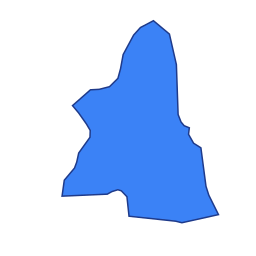 the Statistical Region of Radovljica, rotated 351°
{"feature_id": "SVN-1016", "entity_name": "Radovljica", "entity_type": "Statistical Region", "adm_level": 1, "iso_a3": "SVN", "parent_name": "Slovenia", "parent_adm1": "", "projection": "orthographic", "projection_center": [14.199, 46.349], "detail": "fine", "context": "isolated", "style": "filled", "palette": "blue", "viewbox_px": 256, "rotation_deg": 351, "n_neighbors": 0, "source": "natural_earth", "source_scale": "10m", "svg_char_len": 627}
<svg xmlns="http://www.w3.org/2000/svg" viewBox="0 0 256 256"><g transform="rotate(351 128 128)"><path d="M166.4,230.0L160.5,227.5L115.2,215.3L116.2,195.7L111.6,189.0L108.3,187.4L102.1,188.3L97.2,190.1L52.2,185.0L56.9,169.6L68.9,159.2L72.0,153.7L75.4,145.0L89.0,131.2L90.3,124.5L87.6,117.6L81.6,105.4L76.7,97.2L96.9,84.4L105.6,85.3L116.2,84.3L125.8,77.4L129.9,68.3L134.7,54.7L148.1,37.1L156.0,30.7L169.9,26.0L183.6,41.7L185.7,73.0L179.6,122.5L181.3,130.3L183.8,134.5L188.6,137.4L186.8,143.7L190.4,153.3L196.9,159.0L195.9,197.8L197.3,207.0L203.8,227.7L166.4,230.0Z" fill="#3b82f6" stroke="#1e3a8a" stroke-width="1.5"/></g></svg>